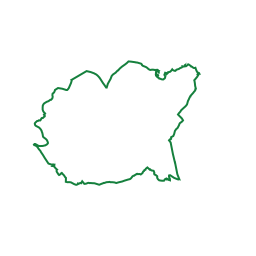 the district of Humbang Hasundutan, Sumatera Utara, Indonesia, rotated 329°
{"feature_id": "22746128B305851071948", "entity_name": "Humbang Hasundutan", "entity_type": "district", "adm_level": 2, "iso_a3": "IDN", "parent_name": "Indonesia", "parent_adm1": "Sumatera Utara", "projection": "natural_earth1", "projection_center": [98.603, 2.238], "detail": "fine", "context": "isolated", "style": "outline", "palette": "green", "viewbox_px": 256, "rotation_deg": 329, "n_neighbors": 0, "source": "geoboundaries", "source_scale": "gbopen_adm2", "svg_char_len": 5696}
<svg xmlns="http://www.w3.org/2000/svg" viewBox="0 0 256 256"><g transform="rotate(329 128 128)"><path d="M183.7,94.9L183.5,94.7L183.4,94.4L183.4,93.5L182.9,93.0L182.2,92.9L181.7,92.8L181.4,92.6L181.3,92.3L181.0,92.2L180.9,92.0L180.6,91.9L180.4,91.7L179.8,91.1L179.2,90.8L178.8,90.4L177.3,89.9L176.8,89.5L176.2,88.6L175.8,87.7L175.5,86.5L174.8,85.0L172.8,82.4L172.5,81.7L172.4,81.2L172.6,80.8L172.5,80.1L172.4,79.7L169.6,76.6L169.2,76.4L168.6,75.8L168.2,75.6L168.0,75.4L167.9,75.2L164.8,72.7L164.7,72.6L162.7,71.2L160.6,71.7L158.4,72.0L154.4,72.3L151.5,72.8L149.7,73.4L149.2,73.6L148.8,73.4L147.2,73.8L146.0,74.2L142.7,74.4L140.8,75.0L138.4,76.9L133.5,79.7L131.0,82.0L129.8,82.9L130.0,82.7L130.1,81.8L129.9,78.5L129.7,76.6L129.6,72.5L129.5,70.1L129.4,70.0L129.3,69.0L128.9,67.3L128.4,65.9L127.8,64.8L127.4,64.3L127.2,63.8L124.8,60.8L121.8,57.9L104.4,57.7L104.5,58.0L103.4,59.1L102.3,60.1L97.8,63.3L96.0,64.0L95.4,64.1L94.5,63.5L94.1,63.0L91.9,60.5L88.6,57.7L85.0,57.8L84.4,58.4L83.0,59.4L82.1,59.6L81.1,59.7L80.1,60.9L79.5,62.5L78.3,63.7L76.5,64.2L75.9,63.8L74.4,64.0L73.3,64.0L72.0,63.7L69.9,63.7L68.4,63.8L66.6,64.8L65.5,66.3L64.3,68.3L64.0,69.7L64.0,71.1L64.4,72.7L64.4,73.0L64.0,73.1L63.6,73.1L62.8,73.3L62.9,74.7L62.9,74.9L62.4,75.2L61.6,75.2L61.3,75.3L60.2,75.6L59.9,75.5L59.4,75.1L59.0,75.1L58.7,75.2L57.6,75.9L57.0,76.2L56.6,76.3L55.9,75.7L55.5,75.5L55.2,75.7L54.7,75.6L53.7,75.2L51.2,75.7L50.6,76.0L50.3,76.3L50.1,76.9L49.9,77.9L50.0,78.3L50.3,79.0L50.8,79.8L51.9,81.6L52.2,82.6L52.4,83.6L52.5,84.6L52.5,85.8L52.2,86.7L52.1,87.7L51.6,89.4L50.9,91.1L50.8,91.5L50.7,91.8L50.9,92.6L51.8,94.8L52.1,95.9L52.2,96.3L52.2,97.1L51.9,99.1L51.4,99.9L51.1,100.0L50.0,100.3L49.0,100.3L48.1,100.3L47.5,100.0L46.6,99.8L45.3,99.3L44.5,98.8L43.5,98.3L42.4,97.5L41.6,96.4L41.2,95.5L40.2,93.9L39.7,93.6L38.8,93.8L38.8,94.4L39.6,95.2L40.0,96.0L40.4,97.0L40.6,97.9L40.6,98.7L40.7,100.4L41.1,102.4L41.0,103.7L41.1,105.7L41.2,107.1L41.2,108.8L41.2,110.7L41.5,117.5L43.2,119.5L43.8,120.1L44.3,120.6L44.8,120.8L44.5,120.1L45.1,120.7L45.7,121.2L43.7,121.7L45.1,122.8L44.9,123.1L44.9,123.6L45.2,125.2L45.7,127.0L45.4,127.0L44.5,128.3L44.4,128.9L44.5,132.0L44.7,132.8L45.2,132.9L45.8,132.8L46.3,132.8L47.3,132.4L47.9,132.4L48.1,132.4L48.2,132.8L48.3,133.8L48.7,135.3L48.8,136.3L48.8,137.6L49.1,138.8L47.0,142.1L48.2,143.3L49.7,144.1L51.1,145.2L52.9,148.3L54.0,149.7L54.7,150.2L55.9,150.3L56.6,149.8L56.9,150.4L57.8,150.5L58.8,150.5L59.4,151.2L61.3,150.1L61.8,153.4L63.3,154.1L65.6,154.5L66.1,154.8L66.6,155.4L67.6,155.9L69.1,157.0L70.8,158.1L74.1,161.8L75.3,162.0L76.6,162.2L77.9,162.5L78.8,162.5L79.6,163.0L80.3,163.1L81.7,163.4L83.2,164.2L84.6,164.8L84.9,165.3L86.8,166.5L88.4,167.7L89.6,169.1L92.2,169.8L95.6,170.9L97.8,171.3L101.4,172.2L103.3,172.8L104.5,172.7L106.2,172.1L106.7,171.8L107.2,171.8L108.1,171.7L108.8,172.1L109.5,171.9L110.8,172.0L111.5,171.8L112.3,172.0L112.7,172.7L113.8,173.1L114.3,173.5L115.0,174.4L115.9,174.2L117.0,174.2L117.7,173.7L118.7,173.1L119.6,173.1L120.4,172.5L121.4,172.8L122.2,172.1L124.3,171.8L125.3,175.2L125.7,175.4L125.8,175.3L125.9,175.6L126.0,175.8L126.3,176.5L127.3,177.3L127.9,177.9L127.7,179.1L127.5,180.0L127.2,180.3L127.0,180.7L126.8,180.8L126.8,181.6L127.6,182.6L127.8,183.4L128.2,184.3L127.9,185.0L127.4,185.6L127.3,186.3L127.3,187.2L127.5,188.0L127.8,188.9L129.4,190.3L131.1,191.4L131.9,191.7L133.0,191.0L134.1,191.0L134.4,191.9L135.3,192.3L135.6,192.7L135.7,192.2L137.1,194.3L137.7,193.2L138.0,191.0L138.6,190.0L138.8,189.8L139.8,190.2L141.9,194.6L144.1,197.5L144.6,198.0L145.3,197.8L145.4,198.1L145.6,198.3L146.5,193.0L147.8,189.4L150.5,181.9L150.4,181.9L153.1,173.4L156.9,162.9L157.1,162.4L156.8,159.7L158.0,159.3L158.6,159.7L159.4,159.5L159.6,159.2L160.2,158.1L160.3,158.1L162.7,158.2L164.5,156.9L166.7,154.7L168.7,153.8L170.5,153.5L173.3,151.8L173.9,151.2L174.9,150.6L177.7,150.3L179.1,149.8L179.1,148.8L179.1,147.4L178.9,146.9L178.8,146.2L178.4,144.8L177.8,142.2L179.1,141.6L181.4,140.9L182.6,140.2L186.4,139.4L187.6,139.2L189.2,138.8L190.7,138.2L192.0,137.0L193.2,135.8L194.8,134.8L196.5,133.6L197.9,132.8L198.0,132.9L198.3,132.6L200.9,131.8L202.2,131.4L203.1,131.0L204.7,130.5L205.3,130.1L205.6,129.4L206.4,129.3L207.2,126.6L208.4,124.0L209.2,122.0L209.4,121.2L210.6,120.8L210.8,120.8L213.2,119.9L213.6,119.8L214.0,119.6L214.2,119.4L215.3,118.9L215.2,117.8L215.6,117.7L216.3,117.8L217.1,118.3L217.2,117.6L217.0,117.2L216.7,116.9L216.4,116.4L216.2,115.7L216.1,115.3L216.4,113.0L216.8,111.1L216.2,111.0L215.7,110.7L215.2,110.3L214.6,109.1L214.5,108.6L213.7,107.7L213.8,107.1L213.4,106.4L212.6,104.6L212.2,104.4L211.9,104.6L211.7,104.6L210.1,104.9L209.3,104.9L209.1,104.7L208.7,103.8L208.4,104.1L208.6,103.9L207.5,104.2L206.4,103.1L206.1,103.6L205.3,103.8L204.6,103.7L204.1,103.5L203.1,103.5L202.3,103.6L201.2,103.4L200.1,103.1L199.5,103.0L198.1,103.4L197.8,103.3L197.0,102.5L196.2,101.3L196.1,100.5L194.7,101.1L193.1,101.5L192.5,101.3L192.0,101.2L191.2,100.8L190.7,101.3L189.3,101.6L189.4,101.4L189.5,100.9L189.0,100.4L188.3,99.8L187.3,101.0L187.0,100.8L186.7,101.0L186.5,101.5L186.5,101.9L186.6,103.0L185.8,103.8L185.4,104.2L184.9,104.4L184.1,104.4L183.4,104.6L183.0,104.4L182.2,103.9L181.5,103.1L181.2,102.6L181.0,102.4L180.5,101.9L180.2,101.7L180.2,101.1L180.0,100.4L179.6,100.1L179.5,99.7L179.4,99.0L179.2,98.8L179.2,98.3L179.1,97.8L179.0,97.5L179.2,97.2L179.3,96.6L179.6,96.4L179.8,95.9L180.0,95.8L180.4,95.3L180.5,94.9L180.8,94.5L181.0,94.3L181.3,94.2L182.0,94.3L182.5,94.4L182.9,94.7L183.0,94.9L183.4,95.0L183.7,94.9ZM180.7,98.5L180.9,98.5L181.0,98.3L181.0,98.1L180.7,97.6L180.5,97.9L180.5,98.3L180.6,98.5L180.7,98.5ZM183.0,95.7L182.9,95.6L182.8,96.1L182.9,96.3L183.0,96.2L182.9,96.1L183.0,95.7Z" fill="none" stroke="#15803d" stroke-width="2"/></g></svg>